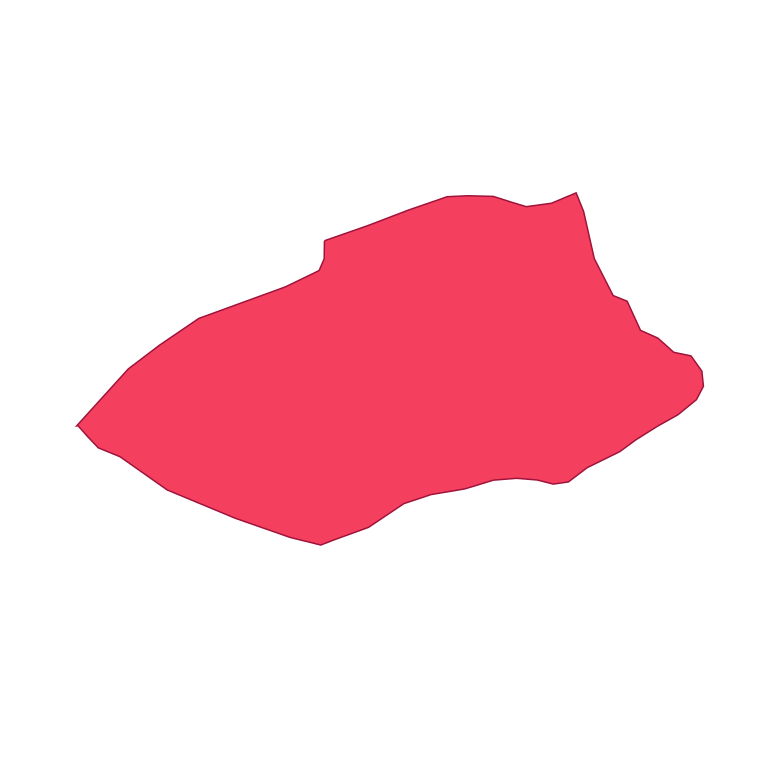 outline of Ockelbo, Gävleborg, Sweden, rotated 340°
{"feature_id": "70781695B90060355953602", "entity_name": "Ockelbo", "entity_type": "district", "adm_level": 2, "iso_a3": "SWE", "parent_name": "Sweden", "parent_adm1": "Gävleborg", "projection": "robinson", "projection_center": [16.627, 60.941], "detail": "fine", "context": "isolated", "style": "filled", "palette": "rose", "viewbox_px": 768, "rotation_deg": 340, "n_neighbors": 0, "source": "geoboundaries", "source_scale": "gbopen_adm2", "svg_char_len": 826}
<svg xmlns="http://www.w3.org/2000/svg" viewBox="0 0 768 768"><g transform="rotate(340 384 384)"><path d="M80.9,318.2L82.1,318.4L87.9,333.0L93.7,346.3L111.1,362.1L144.1,409.5L198.4,459.4L243.2,496.0L269.5,513.7L281.8,513.4L320.5,513.4L361.7,503.2L390.3,504.0L424.0,510.2L454.0,511.8L476.4,518.0L495.1,526.6L508.9,536.0L523.8,539.1L546.3,532.1L582.5,528.2L597.2,523.9L601.2,522.7L626.1,517.3L649.8,513.4L672.2,505.6L683.4,495.4L687.1,480.6L682.1,462.6L667.1,453.3L657.1,434.6L643.4,421.3L640.8,389.4L629.6,379.3L624.5,338.1L630.6,290.0L629.9,270.1L603.2,271.4L578.3,266.0L565.9,256.7L550.9,245.1L527.3,235.8L507.4,229.6L466.3,228.9L422.8,229.6L378.1,229.0L376.8,229.6L370.6,245.9L361.8,255.2L324.5,259.0L274.8,259.0L232.5,259.0L186.4,270.7L149.0,282.3L80.9,318.2Z" fill="#f43f5e" stroke="#9f1239" stroke-width="1.5"/></g></svg>